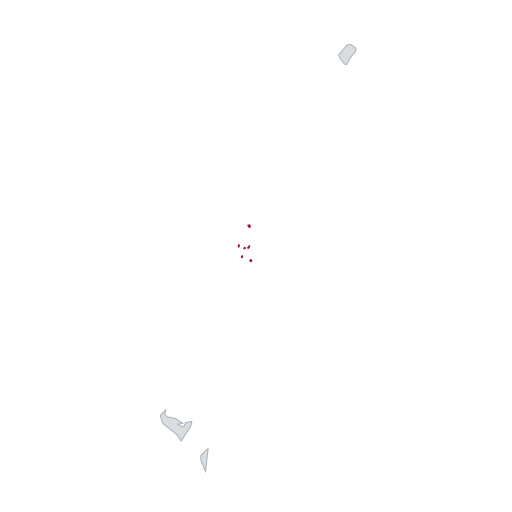 Lulunga, Tonga shown in context, rotated 5°
{"feature_id": "48082658B21371704664746", "entity_name": "Lulunga", "entity_type": "district", "adm_level": 2, "iso_a3": "TON", "parent_name": "Tonga", "parent_adm1": "", "projection": "equal_earth", "projection_center": [-174.727, -19.925], "detail": "fine", "context": "in_parent", "style": "filled", "palette": "rose", "viewbox_px": 512, "rotation_deg": 5, "n_neighbors": 0, "source": "geoboundaries", "source_scale": "gbopen_adm2", "svg_char_len": 2196}
<svg xmlns="http://www.w3.org/2000/svg" viewBox="0 0 512 512"><g transform="rotate(5 256 256)"><path d="M197.1,432.5L198.7,432.5L200.5,428.0L206.5,426.4L205.9,431.2L197.7,446.8L192.5,440.7L177.5,430.7L174.5,423.1L179.5,417.2L179.0,421.9L181.5,424.0L189.9,424.9L197.5,429.0L192.8,430.4L197.1,432.5ZM333.9,48.3L329.6,57.3L327.6,57.2L322.6,51.9L320.8,48.4L328.4,37.8L332.3,37.0L337.5,40.5L337.3,43.6L333.9,48.3ZM225.1,452.3L224.5,475.0L219.0,464.6L218.4,459.8L224.0,452.8L225.1,452.3Z" fill="#d9dde1" stroke="#a8b0b8" stroke-width="1"/><path d="M246.0,226.3L246.0,226.5L245.9,226.5L246.0,226.6L245.9,226.7L246.0,226.8L246.1,227.0L246.3,227.0L246.5,227.2L246.7,227.3L246.7,227.2L246.8,227.2L246.8,227.3L246.9,227.2L246.9,227.3L247.0,227.3L247.0,227.2L247.1,227.3L247.3,227.3L247.3,227.2L247.3,227.3L247.4,227.2L247.5,227.2L247.6,226.8L247.5,226.6L247.4,226.6L247.3,226.4L247.2,226.3L247.1,226.2L246.9,226.2L246.7,226.1L246.6,225.9L246.5,226.0L246.5,225.9L246.4,225.9L246.3,226.0L246.2,226.0L246.0,226.3ZM250.5,260.6L250.5,260.8L250.6,261.0L250.8,261.3L250.9,261.5L251.0,261.5L251.1,261.8L251.3,261.8L251.5,261.8L251.5,261.7L251.8,261.6L251.9,261.4L251.8,261.1L251.8,260.9L251.7,260.8L251.7,260.7L251.5,260.4L251.4,260.4L251.2,260.4L251.2,260.5L250.9,260.5L250.7,260.4L250.6,260.5L250.5,260.6ZM247.6,247.9L247.5,248.1L247.4,248.2L247.4,248.4L247.2,248.6L247.3,248.7L247.4,248.8L247.6,248.9L247.8,248.8L247.9,248.6L248.0,248.4L248.1,248.2L248.4,247.7L248.5,247.4L248.6,247.2L248.7,246.9L248.4,246.7L248.2,247.0L248.1,247.3L248.0,247.5L247.9,247.5L247.6,247.9ZM238.1,246.5L237.9,246.6L237.8,246.8L237.7,247.1L237.7,247.3L237.7,247.6L237.6,247.8L237.8,248.0L237.8,247.9L237.9,248.0L238.0,248.0L238.0,247.9L238.0,247.7L238.1,247.4L238.2,247.2L238.3,246.8L238.3,246.7L238.2,246.5L238.1,246.5ZM242.4,258.0L242.5,257.8L242.5,257.6L242.5,257.4L242.4,257.2L242.2,257.3L242.1,257.5L242.0,257.8L241.8,258.3L241.9,258.7L242.0,258.7L242.3,258.4L242.4,258.2L242.4,258.0ZM243.7,248.8L243.6,249.0L243.5,249.3L243.5,249.5L243.8,249.5L244.1,249.5L244.3,249.4L244.4,249.2L244.5,249.1L244.5,248.9L244.4,248.9L244.2,248.9L243.9,248.9L243.7,248.8L243.7,248.8Z" fill="#f43f5e" stroke="#9f1239" stroke-width="1.5"/></g></svg>